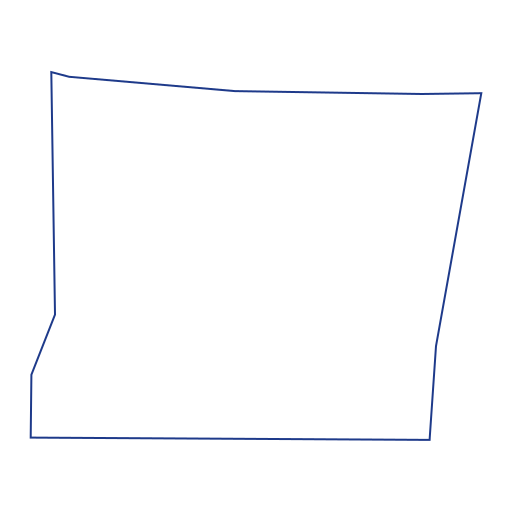 41, Ad Dawhah, Qatar (Equal Earth projection)
{"feature_id": "91078587B71009022079997", "entity_name": "41", "entity_type": "district", "adm_level": 2, "iso_a3": "QAT", "parent_name": "Qatar", "parent_adm1": "Ad Dawhah", "projection": "equal_earth", "projection_center": [51.529, 25.26], "detail": "fine", "context": "isolated", "style": "outline", "palette": "blue", "viewbox_px": 512, "rotation_deg": 0, "n_neighbors": 0, "source": "geoboundaries", "source_scale": "gbopen_adm2", "svg_char_len": 293}
<svg xmlns="http://www.w3.org/2000/svg" viewBox="0 0 512 512"><path d="M429.6,439.9L429.7,439.1L429.7,438.3L436.0,346.1L481.3,93.2L421.8,94.0L234.8,91.1L69.2,76.8L54.4,72.9L54.0,72.8L51.3,72.1L55.0,314.6L31.4,374.7L30.7,437.6L429.6,439.9Z" fill="none" stroke="#1e3a8a" stroke-width="2"/></svg>